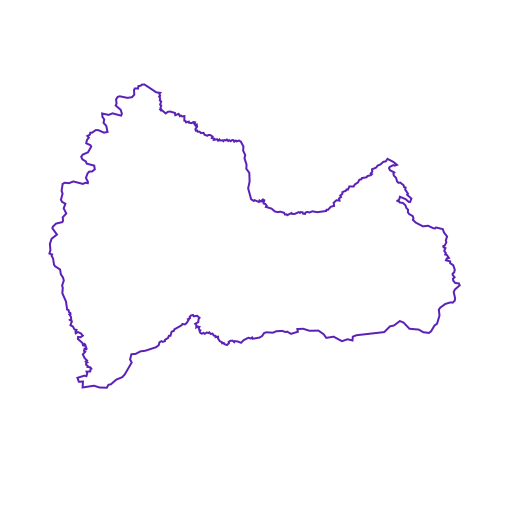 Barcelos, Amazonas, Brazil, rotated 98°
{"feature_id": "56859067B95046472624752", "entity_name": "Barcelos", "entity_type": "district", "adm_level": 2, "iso_a3": "BRA", "parent_name": "Brazil", "parent_adm1": "Amazonas", "projection": "robinson", "projection_center": [-63.596, -0.141], "detail": "fine", "context": "isolated", "style": "outline", "palette": "violet", "viewbox_px": 512, "rotation_deg": 98, "n_neighbors": 0, "source": "geoboundaries", "source_scale": "gbopen_adm2", "svg_char_len": 6114}
<svg xmlns="http://www.w3.org/2000/svg" viewBox="0 0 512 512"><g transform="rotate(98 256 256)"><path d="M147.1,309.6L145.8,310.8L146.9,313.9L145.6,313.8L145.4,316.1L143.8,315.6L142.6,318.0L142.8,320.0L143.7,320.9L143.1,323.8L141.3,325.1L141.9,327.7L140.8,329.1L141.0,331.1L139.9,331.8L140.3,333.0L138.8,333.7L136.1,332.3L134.1,333.0L134.7,333.6L133.9,334.5L134.7,334.6L133.4,335.7L132.1,335.1L132.0,336.5L133.4,338.3L133.3,341.0L132.3,341.3L133.4,343.9L132.2,344.5L132.0,345.8L127.4,346.4L128.1,348.7L127.3,349.9L128.1,350.9L126.0,352.4L127.8,355.5L125.6,356.2L124.9,361.1L125.5,363.4L127.4,365.2L124.9,369.2L125.2,370.3L124.3,371.2L123.8,370.4L122.8,371.2L120.2,370.8L119.5,372.0L116.2,371.4L115.3,372.9L113.4,372.8L111.5,374.1L110.7,373.2L108.8,374.3L107.8,373.6L107.8,377.5L101.7,390.3L102.2,393.0L103.4,393.8L104.1,396.1L106.6,396.1L106.9,399.2L108.5,399.9L113.2,399.0L116.0,400.9L117.3,405.3L116.8,413.1L117.7,415.1L120.4,416.4L124.4,415.3L126.5,415.9L130.1,410.3L133.8,408.6L135.8,409.2L134.7,417.9L136.8,421.6L136.3,428.2L139.7,427.4L141.9,425.3L145.4,425.5L147.9,422.4L153.8,420.3L155.0,423.7L153.3,429.8L153.6,432.2L156.8,435.6L157.0,437.3L159.0,437.4L160.6,439.7L162.0,438.0L164.8,439.6L168.0,439.8L169.3,435.4L170.6,434.4L176.7,436.8L179.8,441.8L182.1,442.9L184.4,441.4L186.1,437.6L188.1,436.5L189.0,428.8L192.6,427.7L195.1,430.1L195.7,433.0L197.8,434.3L202.4,435.3L206.0,432.7L207.3,432.7L207.2,435.0L208.7,437.5L207.6,447.3L209.9,451.3L210.1,455.6L211.5,457.5L218.5,457.6L221.2,456.2L227.4,457.0L229.4,455.6L230.8,452.0L235.5,453.1L240.3,449.8L244.6,452.8L247.9,452.0L249.4,452.5L251.7,458.5L255.3,461.3L256.9,461.5L262.5,456.1L267.3,460.8L272.7,461.8L278.8,460.4L282.3,460.9L282.9,458.1L284.3,458.4L286.7,456.6L292.7,454.8L294.1,453.6L296.7,448.1L301.3,446.7L304.2,444.1L307.1,442.9L312.2,443.9L314.4,442.9L319.8,442.6L327.6,437.8L335.3,435.6L335.5,434.2L337.9,433.2L338.2,432.0L339.3,431.6L340.0,432.6L341.8,430.9L344.2,430.2L345.2,431.4L346.3,429.2L350.4,430.1L351.3,427.5L354.0,425.5L354.2,423.5L356.3,424.2L357.6,423.7L356.1,421.8L357.0,418.7L359.0,416.4L360.9,418.5L360.9,420.9L363.0,420.8L366.1,416.0L368.1,415.0L366.9,413.7L367.4,413.0L368.6,414.0L368.8,412.2L371.6,410.8L372.1,411.2L371.7,412.9L373.9,413.1L374.6,411.8L377.5,413.8L380.9,411.6L383.0,408.8L384.1,409.8L384.8,408.3L385.6,409.3L387.3,409.1L388.4,407.3L389.3,407.4L389.3,404.5L390.5,403.4L390.9,404.1L393.4,404.1L394.1,407.7L395.6,406.8L398.6,407.2L398.4,409.3L401.5,415.9L405.2,413.9L404.4,409.9L410.3,409.4L407.0,398.3L408.0,392.6L407.2,385.4L404.1,384.2L403.2,381.8L397.8,377.1L394.7,371.7L391.6,369.5L378.8,364.3L376.0,366.3L370.6,365.7L369.7,361.6L366.5,357.1L365.2,352.4L360.2,342.2L357.8,339.9L354.9,339.6L353.5,337.8L354.0,336.4L353.0,334.4L351.6,334.4L349.4,331.7L347.2,331.2L346.9,329.6L342.6,329.0L341.6,326.9L340.0,326.6L335.1,320.2L333.6,319.4L333.6,316.8L332.1,315.4L328.5,313.8L328.0,314.5L326.7,312.7L325.5,313.2L323.9,312.0L323.2,310.1L324.4,309.3L323.4,306.1L325.1,303.3L326.5,304.1L329.6,304.0L331.6,306.8L333.2,305.2L335.0,305.2L334.0,303.9L334.1,302.2L335.3,302.7L337.2,301.8L337.4,300.8L338.6,301.3L340.0,300.3L340.5,298.8L339.4,297.4L340.2,295.9L338.6,294.1L338.9,292.5L338.1,291.6L339.5,290.0L338.9,288.3L340.6,286.8L340.7,285.0L342.0,284.7L341.2,282.3L343.0,282.1L345.4,280.0L346.2,277.6L347.1,277.4L346.6,275.8L347.6,275.2L348.2,272.3L345.9,270.6L344.9,271.1L343.5,269.5L343.1,267.3L344.3,265.7L343.3,265.3L343.2,262.3L344.0,258.7L341.1,256.6L338.0,252.1L338.4,249.8L337.2,248.5L338.4,247.8L336.4,241.4L334.4,238.8L331.1,237.2L330.1,235.1L329.6,228.5L327.7,225.5L326.5,219.5L327.2,216.3L326.6,214.6L328.2,210.5L325.2,204.0L322.6,204.9L321.5,199.2L322.6,192.6L321.2,183.8L324.0,178.2L327.3,175.0L325.1,167.9L328.4,159.0L325.7,153.8L326.2,148.7L322.4,148.9L320.5,145.6L313.5,118.4L307.0,113.5L305.7,109.8L300.4,104.5L301.4,100.6L306.7,93.9L306.2,84.6L308.2,79.8L308.1,74.0L306.3,72.2L299.9,69.5L297.9,67.3L289.4,66.0L283.6,67.5L281.3,66.2L277.1,61.8L274.9,57.0L274.8,54.7L272.6,53.0L270.4,52.9L264.1,55.2L261.4,54.3L256.7,50.2L254.9,51.3L255.0,55.0L252.9,57.3L251.1,57.8L249.4,56.4L247.4,58.6L246.1,58.8L244.6,57.5L242.0,57.2L237.7,59.4L236.1,62.7L234.3,63.0L233.8,67.3L231.9,66.7L231.1,64.7L228.3,67.3L228.2,68.8L226.7,68.4L224.8,70.3L221.8,69.5L221.3,71.5L220.1,71.9L219.4,70.6L216.0,69.4L214.1,70.2L210.1,69.5L206.7,73.0L203.4,74.8L202.7,81.6L203.8,82.6L203.9,84.0L202.1,89.8L203.4,94.8L200.8,102.2L198.4,105.7L197.0,105.3L194.7,106.3L193.1,110.3L191.5,111.7L189.1,111.8L187.5,113.8L184.8,115.2L183.0,118.1L183.0,121.1L181.7,122.6L182.1,124.4L180.4,122.1L177.3,121.7L178.9,115.7L181.2,112.3L181.0,110.9L177.5,110.1L174.3,114.9L173.1,114.2L169.5,117.5L167.4,117.4L167.2,118.9L165.4,119.7L163.2,123.4L163.7,125.2L162.5,126.7L159.1,128.2L157.2,130.7L155.3,131.4L154.0,130.7L152.4,135.3L150.5,136.5L149.2,136.0L146.9,132.7L147.2,131.2L146.1,129.1L143.8,132.9L141.5,139.3L144.3,140.7L145.0,143.0L148.0,145.5L149.5,148.1L151.8,149.4L154.0,153.2L156.3,152.6L158.2,153.8L158.8,152.6L160.0,153.5L161.3,156.7L162.7,157.5L164.1,162.0L165.4,162.3L166.1,164.3L168.9,165.2L171.4,168.1L173.6,169.0L174.1,173.2L177.5,174.2L177.5,175.6L178.8,176.0L180.7,179.3L182.7,179.2L184.4,181.0L185.8,180.0L187.5,181.8L189.5,181.0L189.6,184.1L192.5,186.5L195.5,185.6L196.8,188.8L200.2,191.1L200.4,192.6L201.7,192.8L204.1,201.5L203.9,206.4L205.5,209.2L205.2,211.4L206.2,213.1L207.5,213.3L207.5,215.3L206.2,216.0L206.4,218.0L207.2,218.5L206.6,219.8L209.0,223.6L209.3,226.1L208.5,226.8L211.2,230.7L210.5,231.5L210.9,233.1L209.3,234.2L208.7,238.2L209.5,240.1L209.3,243.5L206.9,247.2L206.0,253.0L204.7,252.4L203.2,254.0L203.0,255.7L200.9,256.6L201.3,255.8L199.7,255.5L199.0,257.0L201.4,258.7L200.5,260.3L202.1,260.7L200.9,265.1L201.8,265.9L200.5,268.7L190.1,273.2L183.1,272.7L174.6,274.2L171.0,277.7L166.8,278.1L160.8,281.0L157.6,280.7L153.4,283.4L149.3,283.7L144.9,286.9L144.0,288.9L145.2,291.1L144.5,292.0L145.8,293.5L144.4,294.4L144.5,295.7L145.8,297.0L145.0,298.6L146.0,299.5L144.7,301.0L145.7,301.8L145.6,303.5L146.8,304.3L146.1,305.1L146.6,307.7L145.7,308.5L147.1,309.6Z" fill="none" stroke="#5b21b6" stroke-width="2"/></g></svg>